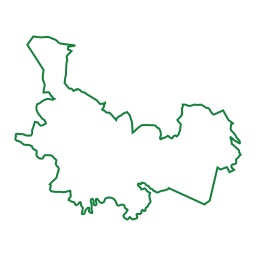 Santiago Xanica, Oaxaca, Mexico
{"feature_id": "50627088B68084107278536", "entity_name": "Santiago Xanica", "entity_type": "district", "adm_level": 2, "iso_a3": "MEX", "parent_name": "Mexico", "parent_adm1": "Oaxaca", "projection": "robinson", "projection_center": [-96.226, 16.017], "detail": "fine", "context": "isolated", "style": "outline", "palette": "green", "viewbox_px": 256, "rotation_deg": 0, "n_neighbors": 0, "source": "geoboundaries", "source_scale": "gbopen_adm2", "svg_char_len": 5827}
<svg xmlns="http://www.w3.org/2000/svg" viewBox="0 0 256 256"><path d="M182.8,104.6L183.1,105.2L182.4,107.7L182.1,107.8L181.9,110.9L182.0,111.9L182.2,112.0L182.2,112.9L182.0,114.1L181.7,114.2L181.7,115.3L179.4,118.0L178.3,118.9L177.4,120.0L178.3,121.5L180.8,124.1L180.9,124.9L180.4,126.6L180.1,130.6L179.1,132.4L178.5,134.5L177.6,135.7L176.6,136.4L175.6,135.4L173.3,136.3L172.3,138.2L171.3,138.4L169.9,137.5L168.8,136.3L168.3,136.3L168.0,135.9L167.7,135.8L165.5,137.3L163.9,138.1L163.4,137.8L162.3,138.2L161.9,138.5L161.8,138.9L161.0,139.3L160.4,139.0L160.0,138.1L160.0,137.6L160.8,135.7L160.9,135.0L160.7,132.6L160.4,131.4L159.3,128.8L158.7,128.2L157.1,127.6L155.5,125.6L152.4,125.1L151.7,125.3L148.8,125.1L142.7,125.0L141.4,125.5L140.4,126.1L137.8,128.1L135.5,130.2L134.6,131.2L132.6,132.7L132.0,122.4L129.8,115.4L127.1,112.1L123.6,113.4L122.8,114.2L121.7,114.7L121.1,115.4L118.6,116.6L118.0,117.1L117.2,118.1L116.9,118.2L116.2,120.1L111.5,114.7L109.2,112.6L108.3,112.7L107.4,112.7L106.2,112.3L105.3,111.6L104.9,111.0L104.4,110.5L103.6,110.5L103.0,109.9L102.4,109.9L102.1,109.6L104.0,106.7L104.0,105.2L104.9,103.4L105.1,103.3L105.1,102.7L102.7,103.8L99.9,103.9L96.8,100.3L86.3,93.9L85.4,92.8L83.8,92.5L83.1,92.1L81.9,91.8L81.0,91.2L80.2,90.3L78.3,89.2L77.6,89.0L77.0,89.2L76.5,89.8L76.1,89.6L73.6,90.9L73.0,90.5L72.7,89.9L71.7,88.8L70.8,88.5L70.4,88.7L68.9,88.4L64.5,82.9L64.9,81.4L64.9,79.2L66.0,74.6L66.0,70.6L66.5,63.2L66.6,62.2L67.1,61.1L67.3,60.2L66.7,57.4L66.8,56.3L67.7,55.0L71.5,51.0L67.9,49.3L68.2,46.8L75.4,45.5L60.5,43.6L59.4,43.1L58.2,42.3L57.2,41.0L55.0,39.5L53.0,38.9L50.4,37.6L47.6,36.9L40.9,37.4L33.3,36.5L27.3,44.7L43.2,69.4L43.6,69.8L42.8,76.1L42.8,79.3L43.1,80.6L43.7,81.6L44.3,83.2L44.7,85.3L44.5,86.6L43.7,89.7L43.6,92.6L47.9,92.2L49.0,92.3L49.7,93.3L51.0,95.8L52.2,96.5L53.1,98.2L54.4,98.9L52.9,99.7L48.1,98.9L46.8,99.0L43.3,100.5L40.0,102.9L38.8,103.6L37.1,104.3L36.4,106.8L36.5,109.1L37.0,111.4L39.3,115.1L40.3,116.0L41.8,118.2L42.3,118.8L44.6,120.2L45.8,122.8L45.9,123.5L43.9,124.5L43.1,125.2L40.8,125.7L39.5,124.8L37.9,122.5L34.9,121.9L32.9,128.4L32.1,130.0L32.3,132.5L32.0,133.7L31.5,134.8L30.9,135.5L29.8,135.6L27.7,135.6L25.3,135.3L24.2,134.6L22.3,134.1L18.7,134.1L18.1,133.7L17.3,133.8L16.1,134.1L15.6,135.0L16.1,136.2L15.5,137.7L15.4,138.6L15.6,139.7L16.6,140.7L18.5,141.0L20.5,141.9L23.7,144.5L25.0,144.8L27.8,145.0L28.9,144.9L30.0,145.3L30.5,145.7L31.7,146.1L32.3,147.0L32.8,148.5L34.5,149.7L35.2,149.9L36.5,150.7L36.8,152.1L36.5,153.4L36.5,155.1L36.7,156.0L37.9,157.3L39.7,158.5L41.5,158.7L42.4,158.5L43.0,158.1L43.9,156.0L44.8,155.2L50.8,155.3L52.0,155.8L55.1,159.0L56.1,159.8L56.3,160.2L56.3,161.2L55.8,163.1L55.9,164.3L56.9,166.2L58.3,167.3L58.7,168.4L58.5,170.7L57.5,173.5L56.9,176.4L56.2,178.0L55.6,178.7L53.0,180.9L51.4,182.6L50.4,183.4L49.9,184.2L50.4,184.2L50.8,185.5L50.2,188.5L50.1,189.6L50.3,190.2L51.0,191.0L51.7,191.4L53.5,191.6L54.2,191.9L60.8,191.9L63.1,192.2L65.2,192.0L70.0,190.7L70.4,191.1L70.4,193.1L70.8,195.4L70.7,196.4L69.9,197.7L69.4,197.9L68.6,199.3L68.5,199.9L70.1,200.5L71.1,201.6L72.8,201.8L74.3,202.3L75.2,204.3L75.9,205.1L77.7,204.5L78.4,203.9L79.3,202.5L80.4,202.2L80.7,202.7L81.0,204.0L81.0,205.2L82.8,207.9L82.6,209.9L81.9,212.6L81.9,213.6L82.1,214.1L82.6,214.2L83.4,214.1L84.5,213.6L85.2,211.0L85.6,210.2L87.7,207.9L88.7,207.6L89.2,207.9L89.3,208.9L88.9,211.4L91.3,213.1L92.1,213.0L92.3,212.5L92.2,211.8L91.6,209.7L91.7,207.3L91.6,205.1L91.2,202.6L90.8,202.0L90.7,200.9L90.8,200.1L91.3,199.2L92.2,198.8L92.6,199.0L93.0,199.4L93.4,200.3L93.6,201.2L93.5,202.3L93.7,204.2L94.3,205.1L94.7,205.3L95.5,205.4L96.3,204.7L96.6,203.9L95.7,200.7L96.0,199.2L96.9,198.8L97.5,199.1L98.3,200.4L100.1,202.5L102.0,203.0L104.0,201.9L104.5,200.7L105.2,198.9L106.4,198.0L108.0,197.5L110.3,197.6L111.9,198.0L113.8,198.9L115.5,201.0L117.0,204.6L117.5,205.3L119.0,205.6L120.8,204.8L122.4,204.6L124.2,205.2L125.1,208.1L126.4,209.1L127.0,209.3L127.3,209.6L127.6,210.1L125.7,213.0L124.3,214.2L123.4,215.8L123.6,216.6L124.5,218.0L126.1,218.8L127.0,219.5L128.2,219.0L128.8,218.4L129.2,217.5L129.6,217.2L130.4,217.3L131.1,218.1L131.3,218.7L133.4,219.5L135.5,218.7L136.0,218.6L136.9,218.1L137.3,217.3L136.6,215.0L136.7,214.2L137.4,213.8L139.1,214.0L140.6,213.8L141.4,212.9L141.5,210.8L142.0,210.3L142.8,210.0L143.5,210.7L144.6,211.0L145.4,210.6L145.4,209.1L145.7,208.2L146.2,207.6L147.0,207.0L147.9,206.1L148.8,204.2L150.2,202.4L150.6,201.1L149.8,198.8L149.4,196.2L149.4,194.8L150.1,192.8L149.3,192.5L147.1,191.2L145.6,189.0L144.5,188.4L141.9,189.4L141.2,189.3L140.8,188.2L140.2,187.5L139.8,186.9L138.8,186.2L138.0,185.0L137.9,184.5L138.1,183.9L138.6,183.5L139.9,183.7L140.3,184.1L141.0,184.1L141.8,182.6L145.1,183.5L146.4,185.4L148.0,185.7L149.3,187.0L149.6,187.9L150.7,188.6L152.0,189.1L152.9,189.7L153.2,190.5L153.9,190.9L154.6,191.0L156.5,192.4L157.7,192.5L161.0,191.0L162.1,190.7L163.2,190.7L167.7,189.4L168.7,188.1L204.6,204.5L205.4,203.6L209.7,200.7L217.5,167.5L220.5,169.5L226.9,167.1L229.5,172.2L234.1,169.9L233.0,168.6L232.0,167.9L231.4,167.0L231.6,165.2L231.9,164.8L233.1,164.2L234.7,164.2L236.1,163.3L236.2,161.3L236.0,159.7L236.4,159.0L238.5,157.2L239.4,155.6L240.6,154.9L239.7,153.0L239.2,152.5L239.2,151.4L238.9,150.4L238.4,149.7L233.4,145.1L232.0,144.2L231.6,142.4L231.4,140.7L230.5,138.0L230.7,137.2L232.2,138.2L233.3,139.5L234.3,140.2L239.3,143.3L239.8,143.2L239.9,142.1L239.5,140.9L236.9,137.8L235.5,135.7L235.2,134.7L234.0,133.3L231.2,130.5L230.6,128.7L231.0,125.1L231.5,123.5L233.6,123.8L228.5,120.1L223.1,110.4L219.1,112.3L218.2,112.4L217.3,113.2L216.0,113.6L214.5,114.4L213.4,114.5L212.0,113.3L211.4,112.3L210.9,111.9L209.3,108.9L208.6,108.3L205.8,107.6L204.7,106.7L201.2,104.7L196.9,104.9L194.3,104.6L192.0,105.4L189.9,106.0L189.4,106.1L188.5,105.6L187.4,105.5L186.3,104.9L184.9,104.6L184.1,104.5L182.8,104.6Z" fill="none" stroke="#15803d" stroke-width="2"/></svg>